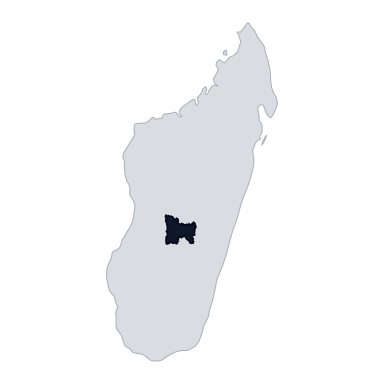 location of Ambatofinandrahana, Amoron'i Mania, Madagascar
{"feature_id": "10022922B11162683268422", "entity_name": "Ambatofinandrahana", "entity_type": "district", "adm_level": 2, "iso_a3": "MDG", "parent_name": "Madagascar", "parent_adm1": "Amoron'i Mania", "projection": "mercator", "projection_center": [46.283, -20.456], "detail": "fine", "context": "in_parent", "style": "filled", "palette": "ink", "viewbox_px": 384, "rotation_deg": 0, "n_neighbors": 0, "source": "geoboundaries", "source_scale": "gbopen_adm2", "svg_char_len": 8647}
<svg xmlns="http://www.w3.org/2000/svg" viewBox="0 0 384 384"><path d="M255.1,31.6L256.2,34.1L257.4,36.5L261.4,42.4L263.1,44.7L264.5,47.1L265.2,51.9L267.7,59.4L270.1,70.6L270.8,82.2L271.6,87.5L273.4,92.5L276.4,97.7L277.4,103.5L275.6,109.5L272.9,115.1L272.2,116.2L270.9,117.6L270.4,117.6L268.2,116.1L266.5,113.7L264.3,108.1L263.5,105.3L262.5,104.8L259.9,105.1L258.1,106.8L257.7,108.0L258.1,111.1L258.8,114.0L259.2,116.8L259.2,120.5L259.9,121.6L260.9,122.5L262.0,124.9L262.2,130.6L261.5,133.4L259.7,135.9L259.8,137.3L260.5,138.7L259.8,139.5L257.4,140.6L256.4,141.5L255.1,144.1L253.0,149.2L252.7,151.8L254.0,159.8L253.7,165.5L250.9,176.4L249.4,181.6L247.2,187.8L243.8,196.0L240.4,206.3L237.6,216.9L235.5,223.3L233.1,229.6L229.8,240.8L227.0,252.1L222.9,264.7L217.2,278.8L216.6,280.6L215.4,287.8L214.1,294.1L212.6,300.3L209.4,310.6L209.0,313.8L208.3,316.8L205.2,323.3L203.9,325.7L203.0,328.3L202.4,331.6L201.5,334.7L199.3,340.5L195.9,345.5L193.6,347.3L188.7,350.0L186.1,350.5L180.6,350.6L175.2,352.1L169.6,355.0L164.2,358.3L162.1,359.9L159.8,360.8L152.7,361.0L150.5,360.2L143.4,354.8L140.6,353.9L135.4,353.1L133.8,352.7L132.3,351.9L130.2,349.1L126.0,346.7L125.0,345.9L124.3,344.3L123.9,342.5L122.8,340.5L122.0,336.7L120.6,334.0L116.8,329.3L116.4,327.8L116.0,322.9L116.2,319.5L115.8,313.4L116.2,310.5L117.6,307.9L117.0,305.1L115.6,302.2L115.0,299.1L114.0,296.4L109.9,291.4L109.0,288.9L108.3,286.4L106.8,278.5L106.6,275.7L106.8,270.0L107.4,267.0L108.4,264.9L108.6,263.4L109.3,262.0L110.2,261.0L110.9,259.7L112.4,252.3L114.3,250.7L117.1,249.7L119.4,247.8L120.7,245.2L122.1,239.9L125.6,234.6L126.9,231.8L129.8,227.6L132.4,221.7L133.2,218.9L133.7,216.1L134.4,209.9L134.9,206.8L134.8,203.7L133.3,200.6L129.8,194.8L129.7,193.8L130.0,189.5L129.7,186.5L128.4,183.4L126.7,180.6L125.1,175.2L124.3,166.4L124.5,163.2L124.0,160.3L122.8,157.6L123.7,152.9L134.1,135.9L134.5,133.9L134.0,128.7L134.2,125.7L134.6,124.6L135.4,123.9L137.2,123.6L145.6,122.9L146.7,122.4L148.8,120.9L151.7,118.2L153.1,117.4L154.2,117.7L154.9,118.9L155.9,119.5L159.3,118.2L160.6,118.2L161.9,118.4L162.6,117.3L162.9,115.7L163.4,114.6L164.3,114.0L168.7,113.7L171.5,113.2L175.2,112.2L175.9,112.4L178.9,116.2L179.7,116.6L180.9,116.7L181.9,116.0L179.5,114.0L179.1,112.9L179.3,111.6L180.5,108.8L182.7,106.6L187.4,103.4L192.3,99.7L193.7,99.4L194.9,100.0L195.8,104.4L195.7,105.1L196.5,105.2L197.4,104.7L198.2,102.9L198.3,101.4L197.6,100.0L197.3,98.8L197.3,97.7L199.7,95.1L201.7,92.7L202.6,89.7L203.4,88.3L205.5,86.8L206.1,87.0L206.5,88.3L206.8,89.6L206.3,90.9L205.5,92.2L205.2,94.0L206.4,94.3L207.5,93.9L209.1,90.7L210.9,87.8L212.0,86.2L213.4,85.2L215.7,85.4L217.9,86.1L214.3,82.9L213.4,78.7L217.7,71.3L217.7,69.7L218.3,69.3L218.6,68.7L216.4,66.2L216.0,65.0L216.3,63.1L217.3,61.4L218.3,60.3L219.7,59.8L220.7,60.5L223.1,62.5L224.8,62.8L226.7,60.8L228.3,58.4L230.7,56.7L233.4,55.7L237.5,51.8L240.2,43.8L240.5,41.4L239.9,38.6L238.9,35.9L237.3,32.5L237.7,31.8L240.0,32.2L240.7,31.7L243.2,28.8L247.3,23.0L248.6,23.1L249.7,24.1L250.2,25.7L251.0,26.8L253.7,29.5L255.1,31.6ZM226.8,54.2L226.8,55.1L223.7,54.7L223.2,51.6L224.8,51.5L225.1,50.3L226.0,50.1L227.0,52.8L226.8,54.2ZM264.5,140.9L261.8,145.4L262.6,141.6L265.7,136.1L266.5,135.7L264.5,140.9Z" fill="#d9dde1" stroke="#a8b0b8" stroke-width="1"/><path d="M177.1,218.6L176.8,218.2L176.5,218.2L176.4,218.4L176.5,218.6L176.4,218.8L176.1,219.1L175.9,219.1L175.6,219.4L175.3,219.6L175.0,220.1L174.8,220.2L174.7,220.1L174.6,219.8L174.8,219.5L174.8,219.2L174.6,219.0L174.3,218.8L173.8,218.8L173.4,218.6L173.4,218.2L173.2,218.2L173.1,217.3L172.7,216.8L171.9,216.9L171.5,216.3L171.2,216.3L171.0,216.1L170.6,216.2L170.1,216.3L169.8,216.4L169.5,216.2L169.2,216.2L168.9,215.9L168.2,215.5L167.9,215.9L167.6,215.9L167.4,216.0L166.9,215.9L166.3,215.3L166.0,215.1L165.8,215.4L165.7,215.5L165.9,215.9L165.5,216.3L165.4,216.7L165.6,216.8L165.6,217.5L165.8,217.5L166.0,218.0L166.4,218.1L166.5,218.2L166.3,218.5L166.4,218.8L166.5,218.8L166.6,219.0L166.2,219.1L166.0,219.4L165.8,219.3L165.7,219.1L165.8,219.7L165.8,219.8L165.9,220.1L166.0,220.3L165.9,220.4L165.9,220.6L165.7,220.8L165.8,221.2L166.1,221.4L166.0,221.9L166.1,222.2L166.5,222.6L166.7,223.1L166.6,223.3L166.7,223.5L166.9,224.3L166.9,224.6L166.8,224.8L167.0,225.0L166.9,225.2L167.0,225.4L166.9,225.7L167.1,225.9L167.3,226.3L167.5,226.4L167.5,226.5L167.3,227.6L167.1,227.8L167.2,228.1L167.3,228.3L167.4,228.5L167.5,228.6L167.4,228.8L167.5,229.0L167.4,229.3L167.4,229.6L167.3,229.9L167.1,229.9L167.1,230.1L167.2,230.6L167.0,231.2L166.9,231.3L166.5,231.3L166.3,231.5L166.5,231.8L167.2,232.2L167.2,232.4L167.3,232.8L167.2,233.3L167.4,233.5L167.3,233.8L167.2,234.2L167.4,234.6L167.5,234.7L167.5,235.2L167.6,235.3L167.7,235.5L167.7,236.1L167.3,236.0L167.2,236.1L166.5,236.3L166.3,236.6L166.4,236.8L166.5,237.2L166.2,237.4L166.2,237.6L166.0,237.9L166.1,238.1L166.1,238.3L166.1,238.9L165.9,239.2L165.9,239.3L166.0,239.6L166.0,239.8L166.3,240.1L165.9,240.6L166.1,240.8L166.0,241.0L166.3,241.2L166.1,241.4L166.3,242.0L166.1,242.2L166.3,242.3L166.5,242.8L166.6,243.1L166.3,243.4L166.5,243.7L166.5,243.8L166.8,243.9L167.0,244.1L167.4,244.0L167.7,243.8L167.9,243.8L168.3,243.6L168.6,243.6L168.9,243.3L169.1,243.3L169.3,243.1L169.5,242.4L169.7,242.5L169.8,242.4L169.9,242.6L170.1,242.3L170.3,242.3L170.3,242.5L170.6,242.5L171.0,242.2L171.3,242.0L171.6,242.1L171.6,242.4L171.8,242.6L172.7,243.3L173.0,243.0L173.3,243.1L173.3,242.9L173.5,242.8L174.0,242.7L174.3,242.8L174.5,242.7L175.0,243.2L175.4,243.2L175.8,243.2L176.2,243.6L176.4,243.6L176.6,243.8L176.8,243.8L177.1,243.1L177.5,243.0L177.5,242.1L177.4,241.9L176.9,242.2L176.7,242.1L176.7,241.9L177.2,241.5L177.5,241.5L177.9,241.5L178.0,241.3L178.1,241.0L178.0,240.9L177.9,240.7L178.0,240.7L177.7,240.4L177.8,240.2L177.9,239.9L177.8,239.5L177.6,239.2L178.0,239.0L178.1,238.8L178.3,238.9L178.3,238.6L178.2,238.5L178.3,238.4L178.2,238.3L178.3,238.1L178.5,238.0L178.8,237.7L179.1,237.5L179.1,237.3L179.3,237.2L179.2,237.1L179.5,237.2L179.8,236.5L180.3,236.4L180.4,236.5L180.4,237.2L180.8,237.2L181.5,237.7L181.8,237.3L182.3,237.2L182.8,236.9L183.1,236.5L183.3,236.6L183.5,236.4L183.7,235.9L183.7,235.6L184.0,235.5L184.2,235.9L184.4,235.8L184.8,235.4L184.8,235.5L185.0,235.9L185.0,236.3L185.1,236.9L185.4,237.2L185.8,237.3L186.0,238.1L186.3,238.8L186.8,239.1L187.0,239.5L187.3,239.6L187.6,239.9L188.1,240.0L188.4,240.5L188.6,240.6L188.8,240.8L189.0,240.9L189.0,241.0L189.4,241.2L189.6,242.4L189.8,242.2L190.2,242.1L190.4,242.3L190.6,243.1L191.3,243.4L191.5,243.3L191.6,243.1L191.9,242.8L192.0,242.7L192.3,242.9L192.4,243.1L193.1,243.3L193.2,243.1L193.2,242.9L193.0,242.6L192.8,242.5L192.8,242.3L193.1,242.2L193.3,242.0L193.2,242.0L193.2,241.8L193.3,241.2L193.0,240.9L193.0,240.6L192.8,240.5L192.8,240.2L192.9,239.8L193.3,239.0L193.4,238.8L193.3,238.6L192.8,238.3L192.6,237.9L192.3,237.7L192.2,237.5L191.8,237.1L191.7,236.5L191.8,236.4L192.2,236.4L192.8,235.8L193.0,235.8L194.0,235.1L194.3,235.2L194.6,235.1L194.5,234.5L194.8,234.4L194.9,234.1L194.8,233.9L194.6,233.8L194.3,233.5L194.0,233.5L194.0,233.2L194.4,232.4L194.7,232.0L194.7,231.8L194.7,231.3L194.8,231.1L194.7,230.8L194.7,230.4L194.6,230.1L194.3,229.8L194.3,229.6L194.3,229.3L194.5,229.0L194.5,228.6L194.8,228.6L195.0,228.5L195.4,228.6L195.4,228.4L195.2,228.4L195.4,228.1L195.2,228.0L195.2,227.6L195.1,227.2L195.4,227.1L195.5,226.9L196.0,226.7L195.8,226.4L195.6,225.6L195.2,225.4L195.0,225.1L195.2,224.8L195.3,224.1L195.3,223.9L195.1,223.7L194.6,223.1L194.2,223.3L194.0,223.1L194.1,222.8L194.0,222.4L193.8,222.2L193.5,222.5L193.4,222.5L193.4,222.8L193.0,222.8L193.0,223.1L192.8,223.3L192.6,223.4L192.7,223.5L192.4,223.8L192.4,224.0L192.2,223.9L192.0,224.0L191.9,224.3L192.0,224.4L191.8,224.6L191.9,224.8L191.5,224.7L191.4,224.5L191.2,224.3L190.9,224.6L190.7,224.9L190.8,225.0L190.5,224.8L190.3,224.9L190.5,225.0L189.9,225.0L189.9,224.8L189.5,224.8L189.5,224.7L189.2,224.6L189.3,224.2L189.1,224.2L188.9,224.0L189.0,223.8L188.9,223.7L188.8,223.9L188.7,224.1L188.8,224.5L189.0,224.6L188.7,224.8L188.2,224.8L187.3,224.6L187.1,224.4L186.8,224.4L186.7,224.3L186.4,224.3L186.2,224.5L185.5,224.7L185.1,224.6L184.8,224.8L184.3,224.7L183.6,224.7L183.6,224.4L183.4,224.2L183.3,224.4L183.0,224.2L182.6,224.3L182.2,224.1L182.1,223.9L182.0,223.5L181.9,223.4L181.5,223.8L181.1,223.8L180.6,224.1L180.3,224.3L180.2,224.3L179.3,223.8L178.9,223.8L178.8,223.7L178.5,223.8L178.1,223.3L177.8,223.2L177.4,222.6L177.4,221.8L177.8,221.8L178.1,221.9L178.3,221.8L178.3,221.6L178.3,221.4L178.2,221.3L177.9,221.1L177.9,220.8L177.9,220.6L177.6,220.5L177.5,220.4L177.6,220.2L178.2,220.3L178.2,220.2L178.2,219.9L178.2,219.7L177.9,219.6L177.9,219.2L177.7,219.1L177.6,218.8L177.3,218.8L177.1,218.6Z" fill="#0f172a" stroke="#020617" stroke-width="1.5"/></svg>